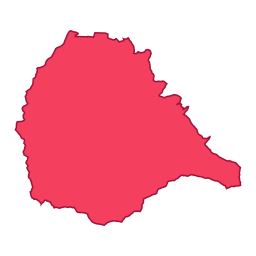 outline of Nades, Mures, Romania
{"feature_id": "2599482B14728558628521", "entity_name": "Nades", "entity_type": "district", "adm_level": 2, "iso_a3": "ROU", "parent_name": "Romania", "parent_adm1": "Mures", "projection": "robinson", "projection_center": [24.745, 46.323], "detail": "fine", "context": "isolated", "style": "filled", "palette": "rose", "viewbox_px": 256, "rotation_deg": 0, "n_neighbors": 0, "source": "geoboundaries", "source_scale": "gbopen_adm2", "svg_char_len": 5751}
<svg xmlns="http://www.w3.org/2000/svg" viewBox="0 0 256 256"><path d="M76.8,211.7L77.4,212.1L78.8,212.5L82.4,212.6L84.8,212.9L87.1,213.9L87.8,214.3L87.9,215.8L89.2,218.2L90.6,219.8L91.8,221.5L92.7,222.2L95.4,223.4L96.3,223.7L100.9,224.3L104.1,225.2L104.3,225.2L106.9,223.0L109.6,221.7L111.3,221.4L113.3,220.8L119.6,221.5L121.2,222.0L121.8,222.0L122.0,221.8L122.2,221.2L123.1,219.9L123.6,219.2L124.3,218.6L124.5,218.0L125.2,217.1L126.1,216.7L127.3,216.7L129.7,215.5L130.6,214.3L132.4,213.2L133.7,211.6L134.2,211.4L136.1,211.4L137.6,211.1L140.2,211.5L141.8,208.5L142.0,207.8L142.0,206.7L141.9,205.8L142.0,204.9L143.4,202.6L143.5,201.8L143.4,200.9L143.7,198.8L144.9,198.4L147.0,197.3L150.0,196.2L151.6,195.2L153.1,194.5L155.4,194.0L156.6,193.4L157.3,190.9L158.3,189.1L160.2,188.5L161.8,187.7L165.3,186.6L166.4,185.5L167.5,182.4L167.8,181.9L168.3,181.4L169.4,181.1L172.5,180.5L174.2,180.6L174.6,180.5L175.6,179.3L177.8,178.4L178.6,177.7L179.1,176.9L181.2,175.5L182.4,175.1L183.7,175.8L184.5,175.5L185.0,175.5L186.2,176.0L187.2,176.0L187.8,176.2L190.9,174.8L192.1,174.7L193.6,175.2L195.2,175.4L198.6,176.5L200.0,176.5L202.6,177.1L204.3,178.0L205.0,178.1L208.5,178.1L209.7,178.5L212.0,179.7L213.8,180.2L214.5,180.7L217.3,181.0L219.7,182.2L220.7,183.2L223.2,184.9L224.1,185.4L225.4,185.7L226.5,188.6L229.6,187.4L231.3,186.3L233.0,186.5L234.6,186.5L235.3,186.1L236.3,185.9L237.7,186.0L240.5,185.4L240.5,184.6L240.1,183.9L240.6,182.8L240.6,182.5L239.9,181.2L239.6,180.2L239.6,178.8L239.1,176.7L239.8,174.8L239.4,173.9L239.4,173.3L239.8,170.6L239.8,170.0L240.4,167.5L239.2,166.6L235.9,162.9L234.9,162.5L231.9,161.8L230.3,160.9L227.1,160.9L226.5,160.7L218.6,156.6L217.4,155.2L216.0,154.2L214.4,154.0L212.9,153.4L210.9,151.8L210.4,149.9L209.6,149.7L209.5,149.4L208.4,148.7L207.7,147.4L205.5,145.4L205.0,144.6L204.9,143.5L206.3,142.3L206.8,141.4L209.0,139.0L209.4,138.4L209.9,136.8L209.0,137.2L207.8,138.1L206.3,138.6L203.5,138.3L202.4,137.9L202.2,137.0L201.6,135.9L200.3,135.2L199.7,135.0L198.5,134.1L197.6,132.7L197.2,130.8L196.7,129.4L195.4,128.1L194.8,127.1L192.6,125.0L192.1,124.2L191.4,123.3L190.9,122.3L190.3,121.5L190.0,120.2L189.8,120.0L189.6,119.3L186.0,115.8L185.1,115.3L183.6,114.3L184.5,113.7L184.7,112.9L185.4,111.8L186.6,110.7L187.4,109.7L187.6,109.0L188.2,108.1L188.2,107.5L188.5,106.6L188.2,106.5L187.6,106.8L187.1,106.8L186.1,107.4L185.9,107.9L184.4,108.5L184.1,108.8L184.0,109.2L183.4,109.4L183.2,109.4L183.4,108.0L182.9,107.8L182.6,107.5L182.6,107.3L182.1,107.1L180.9,105.9L181.5,104.6L181.2,104.5L181.2,104.3L180.7,103.7L179.2,103.6L178.1,104.2L177.4,104.4L177.2,104.3L178.3,103.4L179.8,102.6L180.4,100.9L180.6,99.5L181.2,98.5L180.6,97.6L179.6,96.6L177.3,95.3L174.8,94.8L173.6,94.7L171.8,95.6L171.2,95.5L170.6,95.8L170.1,96.0L166.6,96.6L164.7,97.7L159.2,95.9L159.3,95.1L159.7,94.5L160.3,93.8L161.8,92.8L162.6,91.2L162.7,90.2L163.8,88.5L164.7,87.8L166.2,84.4L166.9,83.8L166.9,83.7L163.6,81.2L162.8,81.1L160.8,81.5L158.2,81.2L157.2,81.6L155.8,81.6L155.1,81.5L153.5,80.5L153.4,79.9L154.0,75.6L153.4,74.3L152.9,73.7L152.0,73.1L151.6,71.1L150.9,70.3L150.5,69.5L150.1,67.6L149.9,64.9L149.3,61.8L148.4,60.8L148.4,59.9L148.5,59.2L150.2,56.4L150.4,55.9L150.5,55.1L151.1,53.6L150.5,51.4L149.8,50.3L147.8,49.5L145.7,50.1L144.6,52.0L141.7,52.7L139.2,52.6L138.7,51.8L138.3,51.9L137.5,52.1L137.2,52.9L136.7,53.5L134.0,53.5L133.6,53.4L133.5,53.2L134.0,52.3L134.2,51.4L134.3,50.0L134.0,48.8L133.7,46.3L132.2,44.1L130.9,41.7L129.6,40.5L128.5,38.0L127.5,38.1L126.8,39.1L126.3,39.0L124.7,39.2L123.4,38.7L123.8,39.9L123.8,40.6L121.0,41.3L119.2,42.0L118.8,41.2L117.3,39.9L116.3,38.7L115.7,38.8L115.5,39.3L114.8,39.7L112.7,39.9L112.3,39.6L108.0,38.1L107.7,36.5L107.9,35.3L107.9,34.0L107.1,33.9L105.7,33.1L94.9,32.8L93.5,37.3L90.5,36.7L87.7,36.5L87.4,36.8L75.4,36.5L75.4,35.1L76.7,35.0L77.4,34.1L77.9,34.1L78.1,33.4L76.9,32.6L75.5,32.1L74.0,32.0L71.1,30.9L70.3,30.8L69.1,31.7L68.2,33.2L67.7,34.3L67.4,34.5L66.2,37.5L66.0,38.3L64.9,40.5L63.8,43.7L63.4,43.9L62.2,45.3L60.5,46.4L56.9,47.8L56.2,48.5L55.8,48.6L53.5,53.4L52.5,54.9L51.6,56.9L48.3,58.9L47.6,59.5L46.6,60.7L45.7,62.8L45.4,64.2L45.5,64.7L43.8,66.1L40.8,67.3L40.5,67.6L38.1,67.7L36.9,68.5L37.2,69.1L37.3,70.4L37.2,71.4L37.0,71.6L37.1,72.0L36.6,73.4L35.8,74.6L35.8,76.2L35.3,77.5L33.3,78.7L32.9,84.0L31.7,86.2L30.9,87.3L30.8,87.8L30.4,88.7L27.1,90.9L26.9,91.3L26.2,91.7L26.8,92.6L26.9,93.1L26.2,95.1L25.3,96.2L25.3,96.8L26.0,99.0L25.9,99.8L26.3,101.0L27.0,102.4L27.8,103.4L26.7,104.7L25.7,105.5L24.2,106.0L23.3,106.6L22.8,107.1L22.2,108.4L22.7,110.6L24.5,112.4L24.4,113.3L23.4,114.9L23.2,115.8L23.4,117.9L24.5,119.5L24.2,120.3L23.0,121.0L21.1,121.5L18.2,121.6L17.4,121.8L17.0,122.1L16.5,123.7L16.3,127.9L15.4,129.6L15.4,129.8L17.2,131.6L18.5,133.5L19.7,134.6L20.8,136.4L21.5,138.1L24.0,139.3L24.4,139.6L24.4,141.0L23.9,143.3L25.4,145.1L25.4,145.6L24.9,146.9L24.6,148.8L24.3,149.8L23.3,151.6L23.2,152.0L23.9,153.6L24.0,154.8L28.2,157.2L27.9,157.9L27.4,160.2L26.6,161.0L26.1,162.3L26.0,163.0L26.7,164.0L27.9,165.3L28.0,165.7L27.8,166.3L26.9,167.9L28.7,171.3L29.4,172.1L29.5,172.3L28.9,173.7L28.6,175.1L28.5,177.2L28.7,177.6L30.3,179.2L30.6,179.8L30.9,181.2L31.5,182.1L31.6,183.7L32.0,184.3L32.2,185.6L32.8,186.9L32.7,187.4L32.1,188.4L31.8,189.5L31.5,189.9L31.4,191.5L30.2,192.0L30.6,193.1L30.7,194.4L31.2,196.1L32.1,197.9L33.3,198.3L33.6,198.5L33.9,199.3L36.0,199.1L36.5,199.4L37.2,200.0L38.9,201.0L40.9,203.3L41.2,203.7L41.2,204.1L41.7,203.3L43.1,202.4L44.1,201.1L45.0,200.1L46.5,200.3L46.8,201.0L48.5,201.4L50.6,202.5L51.6,204.8L52.3,205.5L53.2,205.9L53.8,206.4L53.8,207.4L54.2,207.9L55.4,207.4L57.3,207.5L58.2,207.9L59.8,208.2L60.9,207.7L64.7,206.8L65.8,206.9L68.0,207.4L69.7,206.9L70.6,207.0L72.6,207.7L73.5,207.6L73.9,207.3L75.4,209.2L76.8,211.7Z" fill="#f43f5e" stroke="#9f1239" stroke-width="1.5"/></svg>